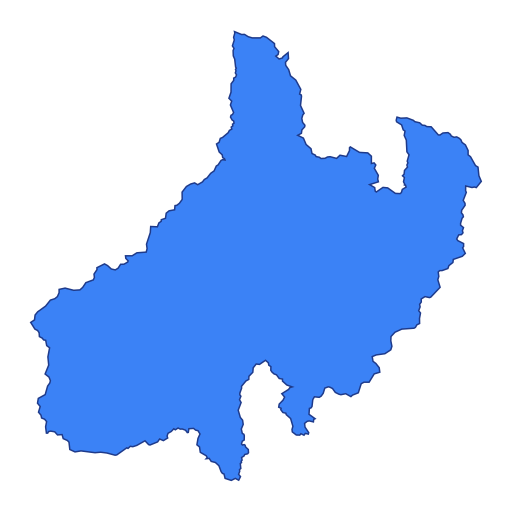 the district of Chumbivilcas, Cusco, Peru
{"feature_id": "86281439B72283889769086", "entity_name": "Chumbivilcas", "entity_type": "district", "adm_level": 2, "iso_a3": "PER", "parent_name": "Peru", "parent_adm1": "Cusco", "projection": "albers", "projection_center": [-71.945, -14.411], "detail": "fine", "context": "isolated", "style": "filled", "palette": "blue", "viewbox_px": 512, "rotation_deg": 0, "n_neighbors": 0, "source": "geoboundaries", "source_scale": "gbopen_adm2", "svg_char_len": 6025}
<svg xmlns="http://www.w3.org/2000/svg" viewBox="0 0 512 512"><path d="M397.0,117.1L396.2,120.2L396.6,121.8L401.6,124.9L403.2,129.8L405.0,131.1L404.2,135.4L406.3,140.1L406.9,151.8L409.0,154.8L407.2,161.2L407.9,162.9L406.9,165.0L407.5,167.1L404.5,170.4L404.1,174.1L402.5,175.8L404.4,177.5L403.5,181.8L404.6,183.9L404.4,185.0L405.5,185.1L406.1,187.1L402.3,189.4L401.4,192.5L400.2,193.6L395.4,193.4L387.7,187.9L383.0,187.4L376.3,192.0L375.2,191.1L374.7,187.6L369.6,184.6L378.4,181.8L377.7,179.0L378.3,175.3L374.3,168.3L375.8,165.0L374.1,162.9L371.4,163.5L371.4,156.2L367.8,152.9L359.5,152.4L350.3,146.9L349.5,147.7L349.5,150.6L346.6,156.5L340.0,155.2L336.6,158.4L330.1,156.7L327.4,157.0L325.1,158.3L321.0,158.5L319.2,157.2L316.1,156.6L315.3,155.1L312.0,153.5L311.0,148.7L306.1,144.5L303.4,138.1L297.7,135.3L301.4,133.3L301.9,129.9L304.7,126.8L304.9,125.2L302.6,122.4L301.8,118.4L302.8,114.9L304.1,113.3L300.5,105.5L301.5,96.4L301.3,95.0L299.6,94.1L300.8,89.4L295.8,80.1L290.5,75.8L288.7,69.7L285.7,65.3L285.5,62.3L288.5,58.6L288.1,52.6L282.9,56.8L282.5,57.9L279.1,59.0L275.8,56.1L278.1,54.5L278.7,51.6L274.6,46.7L274.5,43.6L266.5,37.3L263.0,36.0L260.4,37.9L252.3,37.9L248.2,36.7L244.5,34.4L241.6,34.5L234.5,31.6L234.8,33.1L233.6,37.3L234.3,39.9L232.4,45.9L234.0,48.4L233.1,50.6L233.3,55.9L234.7,59.1L235.6,67.1L236.3,68.1L235.5,69.4L236.0,70.9L235.3,72.9L236.5,74.9L235.6,77.1L233.7,78.1L233.7,80.4L231.1,83.8L231.0,92.2L228.9,98.3L231.7,101.1L230.4,105.0L233.6,112.5L232.5,114.5L231.0,115.3L230.5,117.1L232.2,120.1L233.7,121.0L234.0,123.2L232.5,124.2L232.8,125.9L231.2,127.1L231.8,129.1L229.4,130.4L228.2,132.7L222.5,137.5L220.3,138.4L219.1,142.3L216.5,144.0L219.2,152.0L222.2,154.8L222.7,157.6L224.5,158.7L225.0,160.0L222.5,159.7L221.0,160.5L218.1,164.9L216.3,166.0L214.1,170.9L210.7,173.3L207.1,177.9L204.3,179.5L202.5,181.9L197.7,184.7L194.6,182.9L190.7,184.0L186.4,186.5L182.1,192.1L182.2,199.4L179.4,203.3L176.8,205.3L175.0,205.6L174.6,209.8L169.1,210.8L166.2,213.2L165.5,218.3L161.3,219.7L161.2,221.3L158.9,222.9L157.4,226.8L150.7,226.5L150.3,232.6L146.5,244.2L147.1,248.6L146.2,252.1L136.9,252.8L132.1,255.8L125.5,255.8L125.8,258.4L128.1,260.8L127.8,262.0L124.0,264.2L120.6,264.3L118.1,268.2L115.3,269.9L111.3,269.0L107.6,265.6L104.5,263.9L96.9,267.7L97.0,269.6L94.0,274.1L94.4,277.5L93.3,279.9L85.9,282.6L82.7,287.4L79.9,289.9L73.7,290.3L65.1,288.1L59.1,289.4L59.1,292.7L57.4,296.6L54.8,298.7L50.4,300.1L45.6,306.1L37.7,311.8L35.1,315.0L34.5,319.9L30.7,322.4L34.9,329.1L37.6,330.5L39.1,332.7L39.4,336.6L42.2,338.1L43.6,339.9L45.7,340.3L46.7,345.6L49.6,347.8L47.9,356.9L48.7,365.1L45.1,374.0L49.0,377.1L50.4,380.7L49.8,383.0L47.6,386.1L45.2,394.6L38.3,398.4L37.5,403.2L40.2,406.5L38.5,412.2L41.0,415.2L41.6,418.0L44.6,419.2L46.6,421.6L45.6,426.8L46.4,433.1L47.7,433.1L48.5,431.6L50.7,431.1L54.7,431.8L57.5,434.9L62.1,434.6L63.2,438.6L67.4,440.5L69.0,442.2L69.8,449.5L75.0,451.9L81.0,450.9L95.0,452.7L100.6,452.2L106.9,453.0L115.1,455.2L116.8,454.9L126.8,447.8L128.0,448.4L130.3,446.3L132.8,446.7L136.8,445.4L145.0,440.8L148.6,444.6L150.0,445.0L157.6,441.9L159.6,439.0L163.4,440.6L167.7,438.0L167.1,436.0L168.0,433.3L171.2,431.5L173.8,428.8L175.3,429.8L178.1,428.0L180.2,429.1L182.3,429.0L185.5,430.2L187.3,432.6L188.3,432.4L188.9,428.7L193.6,428.4L195.6,430.1L198.0,430.7L200.0,434.0L198.0,438.4L196.9,444.8L199.5,446.9L200.3,452.3L206.3,455.8L207.2,457.6L206.2,458.7L209.2,458.4L211.2,461.4L215.4,462.5L218.9,465.7L221.1,471.6L222.4,473.4L224.0,474.0L225.1,478.4L231.3,480.4L235.3,478.4L238.7,480.2L240.5,476.6L238.6,474.3L239.7,471.4L239.5,469.6L240.8,468.5L240.3,463.5L241.5,462.6L241.2,461.2L242.1,460.1L241.6,457.5L244.0,456.0L244.7,454.5L247.6,453.8L248.5,452.7L248.3,449.5L245.6,447.0L245.1,445.2L244.2,444.6L242.4,445.0L241.5,443.9L242.3,441.2L244.2,440.0L244.3,435.7L243.9,434.3L242.3,433.4L241.3,429.0L243.2,424.4L242.6,420.2L240.3,417.4L238.2,410.2L241.1,402.5L239.5,399.7L240.9,396.2L239.8,394.8L239.8,393.2L241.6,388.2L241.5,386.3L246.0,380.9L248.8,379.4L248.9,376.3L252.8,372.3L253.2,367.8L256.2,364.0L259.5,364.4L265.5,360.3L268.3,362.7L268.8,365.2L270.9,366.6L270.8,370.3L272.0,372.1L274.0,373.9L276.5,374.8L279.2,378.5L282.5,379.1L282.5,381.1L286.8,385.0L292.2,386.9L289.9,387.6L288.6,389.4L281.8,393.7L284.6,397.1L283.0,400.2L279.2,404.1L278.7,407.2L281.1,408.3L280.8,409.7L282.9,412.5L285.9,413.2L286.2,414.6L290.6,418.5L292.9,426.3L292.0,429.5L292.3,431.9L296.3,435.0L299.8,435.1L300.9,433.7L304.0,435.2L305.3,433.4L308.3,434.1L308.7,432.6L305.0,427.1L304.6,423.4L307.2,421.3L309.2,420.9L313.4,421.9L313.7,419.4L315.1,418.7L309.0,414.3L309.4,408.4L311.0,407.9L312.0,406.5L312.8,399.6L314.4,396.8L319.3,397.3L321.2,396.1L323.2,393.3L324.8,388.1L328.3,386.8L329.9,387.2L332.5,388.5L335.3,392.4L338.9,394.2L340.9,394.7L345.7,393.7L350.9,396.6L352.5,395.1L358.3,392.8L361.2,383.7L364.0,382.2L369.1,382.2L374.2,373.9L379.8,372.2L379.2,367.7L375.9,363.5L373.0,361.3L372.2,356.6L376.3,354.9L384.9,353.7L390.8,349.8L391.9,346.3L390.8,340.8L391.0,336.5L395.0,332.2L401.8,329.1L414.0,328.2L415.4,327.4L416.9,324.8L419.6,323.5L419.5,318.4L420.5,313.0L418.7,310.7L420.1,306.9L419.6,304.3L421.3,302.0L421.2,299.0L425.0,296.6L429.5,297.6L430.8,297.1L440.1,287.3L437.8,279.7L438.8,276.4L438.2,272.0L439.7,270.6L442.0,270.6L447.9,268.5L448.9,265.6L452.9,262.5L453.3,259.4L462.3,256.3L465.3,253.4L462.6,247.8L463.6,246.6L463.6,243.6L457.8,240.6L456.7,239.0L458.7,234.9L461.5,234.6L463.0,232.8L462.4,230.7L463.5,227.6L460.6,225.2L460.6,223.2L462.1,218.2L463.4,216.8L462.9,214.7L461.4,212.9L461.7,210.2L465.1,205.3L465.0,203.3L463.2,200.4L466.3,192.4L465.6,190.7L465.7,186.0L472.0,187.5L474.4,187.0L476.3,187.6L481.3,181.4L478.9,175.7L478.0,167.1L475.5,165.6L470.5,156.7L468.1,154.8L468.1,150.5L465.4,144.9L462.0,142.4L460.9,139.8L459.3,138.3L456.7,136.9L454.0,137.3L451.2,135.9L450.4,134.3L448.0,132.6L442.9,133.0L440.0,135.0L438.3,134.9L431.2,126.8L426.8,126.6L424.9,125.4L422.3,125.2L419.7,122.8L414.9,121.7L413.3,120.3L406.9,117.9L400.8,118.2L397.0,117.1Z" fill="#3b82f6" stroke="#1e3a8a" stroke-width="1.5"/></svg>